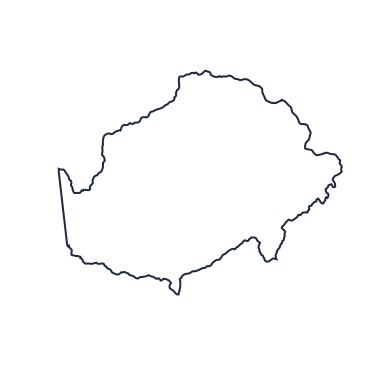 the district of Conceição do Tocantins, Tocantins, Brazil, rotated 228°
{"feature_id": "56859067B12744397035751", "entity_name": "Conceição do Tocantins", "entity_type": "district", "adm_level": 2, "iso_a3": "BRA", "parent_name": "Brazil", "parent_adm1": "Tocantins", "projection": "orthographic", "projection_center": [-47.324, -12.148], "detail": "fine", "context": "isolated", "style": "outline", "palette": "slate", "viewbox_px": 384, "rotation_deg": 228, "n_neighbors": 0, "source": "geoboundaries", "source_scale": "gbopen_adm2", "svg_char_len": 6071}
<svg xmlns="http://www.w3.org/2000/svg" viewBox="0 0 384 384"><g transform="rotate(228 192 192)"><path d="M124.9,113.4L126.0,114.8L126.9,116.6L128.0,117.8L128.7,118.8L129.5,119.8L130.5,120.8L131.8,122.0L133.2,123.4L134.9,124.2L135.6,125.2L135.3,126.9L136.1,128.2L136.1,129.6L135.9,131.2L135.2,132.7L134.3,133.9L133.1,136.3L132.9,138.2L132.1,140.3L130.6,141.8L128.1,149.5L126.8,151.0L127.0,152.4L126.5,154.0L125.3,155.1L124.8,157.6L125.5,159.1L125.6,160.4L125.5,161.9L125.3,164.1L124.5,165.6L123.4,167.2L123.6,168.9L124.2,171.0L124.6,172.9L124.0,174.7L123.7,176.3L123.9,177.7L123.5,181.3L123.1,183.0L122.2,184.7L120.9,185.2L120.7,186.7L121.1,188.2L120.6,189.5L120.8,191.3L120.7,192.9L120.5,194.2L120.5,195.5L121.0,197.1L120.8,199.0L118.8,199.9L118.1,201.3L118.7,202.6L118.4,204.1L118.5,205.8L116.1,208.2L114.8,208.6L113.6,208.4L112.0,207.9L110.4,208.3L108.8,208.5L108.0,207.3L107.4,205.6L106.5,204.5L105.4,203.9L103.7,203.5L102.7,202.3L101.0,202.2L99.0,201.5L97.1,202.0L95.4,201.5L94.0,201.1L92.4,200.3L90.3,200.8L89.0,202.6L88.5,207.4L87.3,208.7L85.6,209.8L87.1,210.3L88.4,211.3L89.6,212.7L90.2,214.5L91.2,215.3L91.4,216.8L92.0,218.2L92.0,219.9L92.9,221.0L93.6,222.8L93.9,224.6L95.0,226.2L94.9,228.1L96.3,229.7L97.3,231.5L99.1,232.8L99.9,234.5L101.7,234.9L103.7,234.6L105.4,234.7L105.9,236.4L105.9,238.2L106.7,241.6L106.8,245.3L104.1,246.8L103.6,247.9L103.2,251.0L103.2,252.4L102.9,253.8L103.8,255.0L103.6,256.2L102.5,256.8L102.3,258.2L102.7,260.0L101.7,261.7L100.8,262.9L99.6,264.0L100.5,265.5L100.4,267.4L102.2,268.3L103.0,270.0L101.9,271.4L102.5,273.2L102.7,275.6L102.5,277.1L101.8,278.1L103.1,279.6L102.7,281.3L100.8,281.2L99.0,280.9L97.2,280.8L95.7,281.8L96.7,285.5L97.9,286.9L98.3,288.1L97.0,288.6L97.5,290.0L98.3,291.4L99.9,292.0L101.3,291.4L103.2,292.2L104.8,293.2L104.6,294.9L104.8,296.6L105.7,297.9L105.2,299.2L104.4,300.8L101.5,300.1L100.4,300.9L100.2,302.1L101.3,302.9L102.5,303.7L104.0,304.3L105.6,304.5L107.3,305.0L107.9,306.6L108.2,308.0L108.2,309.4L107.4,311.5L107.0,313.6L106.8,315.4L107.0,317.0L108.7,317.8L110.0,318.9L110.7,320.4L112.5,320.7L114.6,320.9L115.6,322.5L116.5,323.4L118.0,322.9L120.7,323.4L122.6,323.6L124.6,323.2L126.9,321.0L128.4,319.9L130.5,318.9L131.6,317.8L133.4,313.4L134.2,312.2L134.9,310.5L136.2,309.1L137.5,308.8L138.7,308.7L140.2,308.7L141.6,309.0L143.2,309.0L144.4,308.1L145.3,307.3L148.5,305.2L149.9,306.1L151.8,308.5L152.5,310.4L152.6,311.8L152.5,313.0L153.2,314.8L156.6,319.8L158.1,320.5L161.0,321.0L162.3,321.6L164.1,322.3L165.4,322.0L166.8,321.3L168.1,320.1L168.9,319.1L169.9,318.3L171.4,318.0L175.0,319.4L178.2,320.3L180.0,320.2L181.8,319.9L183.8,319.9L185.5,320.5L187.0,321.3L188.0,322.0L189.4,322.2L190.9,322.0L192.2,321.8L195.9,321.8L197.4,321.6L199.1,321.0L200.6,320.2L200.3,318.9L201.1,317.1L202.0,313.9L202.7,312.9L203.9,311.9L204.8,310.9L206.2,310.1L207.9,309.5L209.2,308.7L210.9,308.4L212.6,308.7L213.9,309.4L215.3,309.7L216.8,310.2L218.5,310.8L219.9,311.6L220.7,312.5L221.9,313.1L223.4,313.1L224.8,313.0L226.0,312.6L227.1,311.9L228.3,311.0L229.6,310.2L230.8,309.7L232.2,309.7L235.5,309.3L237.4,308.9L238.9,308.2L239.9,307.4L240.8,306.4L241.5,304.9L242.3,303.8L242.8,302.6L244.4,302.0L245.8,301.0L246.8,300.1L248.1,299.4L251.1,299.0L252.4,298.4L253.8,297.4L254.4,295.5L255.5,294.0L256.7,293.0L258.0,290.7L259.5,290.2L260.2,288.3L261.5,286.8L262.7,285.8L264.5,285.0L266.4,284.4L268.0,285.2L269.5,285.3L270.7,284.4L271.8,283.8L273.1,283.2L273.3,281.8L273.2,278.4L273.7,276.9L274.6,275.4L277.1,275.2L278.4,274.6L278.7,273.1L279.8,272.5L280.9,271.1L281.1,269.1L282.0,267.7L283.0,266.4L283.3,264.4L283.7,262.8L285.9,260.3L285.4,258.4L284.1,257.3L283.1,256.2L280.7,254.7L279.4,253.3L278.3,252.6L277.5,250.8L277.7,248.9L276.9,247.6L276.5,246.4L274.9,245.4L274.0,243.9L274.3,242.5L272.9,241.2L272.3,239.2L273.4,236.3L273.8,234.8L273.6,233.1L273.8,231.6L274.4,230.3L274.2,229.0L274.4,227.4L274.8,225.7L275.5,223.8L276.1,222.6L276.9,221.0L278.2,216.6L279.1,214.8L279.0,213.5L278.5,212.0L277.5,210.6L277.6,209.4L277.8,208.1L278.9,207.4L280.0,206.1L281.0,204.4L280.5,202.6L279.6,200.8L279.5,199.4L279.9,198.1L281.1,196.8L282.0,195.5L281.9,194.1L282.8,192.9L284.6,192.1L284.9,190.4L284.9,189.0L286.1,187.5L287.4,186.5L287.7,184.8L287.3,182.9L286.3,181.5L285.6,180.0L286.6,179.2L286.9,178.0L287.6,176.8L288.1,175.2L288.2,173.5L288.3,171.8L289.1,170.6L290.5,170.0L291.7,168.7L292.3,166.9L292.6,164.9L291.9,162.9L290.8,161.5L289.9,160.3L288.8,159.1L287.5,158.2L286.3,157.0L285.8,155.8L281.7,152.3L280.8,150.9L279.4,149.9L277.7,150.1L276.4,149.7L273.8,148.4L273.1,145.3L270.1,142.5L268.2,139.4L267.9,137.8L268.4,136.0L268.4,134.3L267.9,132.8L268.6,131.4L268.9,129.4L267.4,126.2L266.4,125.2L265.0,124.3L264.6,122.2L264.6,120.6L263.9,119.2L262.3,118.4L262.2,116.8L263.2,115.7L264.3,114.9L265.2,113.7L266.2,113.0L265.9,111.8L267.0,111.2L266.5,109.7L266.4,108.0L267.7,106.5L268.9,105.2L269.7,104.1L271.0,103.9L272.9,104.5L274.5,105.6L276.0,106.3L277.5,106.3L278.8,107.3L279.7,108.8L281.4,109.5L282.6,109.2L284.0,109.3L285.3,110.1L287.0,110.8L291.2,111.2L293.2,111.7L294.8,111.4L295.8,110.1L297.2,109.1L298.4,108.5L295.5,106.0L237.3,64.6L235.0,63.4L234.5,64.7L233.3,63.7L229.8,64.0L228.3,62.8L227.3,61.5L225.9,60.4L224.7,61.1L223.6,61.9L222.4,62.6L221.3,63.8L219.7,65.0L218.5,65.7L217.7,64.8L216.4,65.3L214.8,65.4L213.4,64.4L212.2,64.6L210.7,64.6L209.4,65.5L208.5,66.9L206.1,69.0L205.1,70.3L204.4,71.9L203.5,73.5L201.8,73.9L200.3,75.5L198.8,77.8L197.3,78.3L195.4,77.7L194.2,78.4L192.6,78.1L191.1,78.3L190.2,79.0L188.8,79.4L185.8,78.8L183.2,79.8L181.5,80.6L180.2,81.7L179.7,83.2L179.6,84.6L179.7,85.8L178.5,86.8L177.7,88.4L175.1,89.5L173.9,90.2L172.5,90.0L171.4,90.5L170.1,91.4L167.9,92.3L165.5,92.7L163.9,93.9L163.7,95.9L163.0,97.1L162.0,98.3L161.2,99.8L160.2,101.2L159.6,102.9L159.2,104.2L157.3,104.8L156.0,105.7L154.8,106.5L152.9,106.9L151.0,107.7L150.3,109.4L148.9,109.6L147.0,109.6L146.5,111.1L146.6,112.7L144.6,114.4L143.2,115.1L141.8,115.6L139.5,115.6L138.2,115.3L138.0,114.0L137.2,112.4L135.9,111.3L134.6,111.1L133.1,111.6L132.0,112.0L127.1,112.1L126.0,112.3L124.9,113.4Z" fill="none" stroke="#1e293b" stroke-width="2"/></g></svg>